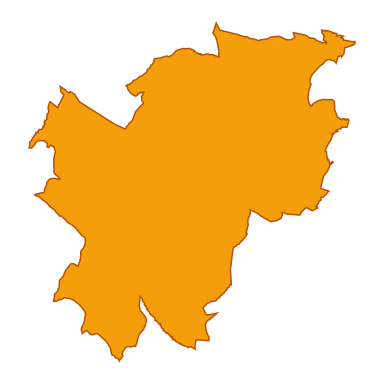 Cañada Morelos, Puebla, Mexico (Albers equal-area conic projection)
{"feature_id": "50627088B53283993912996", "entity_name": "Cañada Morelos", "entity_type": "district", "adm_level": 2, "iso_a3": "MEX", "parent_name": "Mexico", "parent_adm1": "Puebla", "projection": "albers", "projection_center": [-97.429, 18.725], "detail": "fine", "context": "isolated", "style": "filled", "palette": "amber", "viewbox_px": 384, "rotation_deg": 0, "n_neighbors": 0, "source": "geoboundaries", "source_scale": "gbopen_adm2", "svg_char_len": 5835}
<svg xmlns="http://www.w3.org/2000/svg" viewBox="0 0 384 384"><path d="M317.5,208.1L316.4,207.8L317.1,206.6L315.9,206.3L318.6,203.0L318.7,202.0L321.0,200.0L320.8,197.6L322.1,196.9L323.3,197.1L328.9,191.2L320.5,188.4L323.3,177.1L325.1,174.1L327.6,171.0L329.5,166.3L330.9,164.3L333.2,162.2L332.7,161.6L329.9,163.6L328.5,159.7L328.0,160.2L326.9,156.8L326.4,151.5L325.6,151.4L325.1,150.7L325.4,149.9L328.8,142.9L331.2,139.4L332.2,135.9L333.3,134.3L331.8,133.9L337.7,131.3L336.0,130.3L341.1,128.5L341.4,127.2L347.0,127.2L348.8,121.1L348.4,119.2L347.1,119.0L345.6,120.2L345.2,118.9L342.6,118.7L342.1,120.0L337.3,116.9L334.5,109.0L334.8,106.6L334.1,101.3L332.1,99.4L329.9,99.8L322.1,99.5L320.4,100.3L318.0,100.7L313.1,103.9L311.1,106.4L309.1,103.5L307.9,97.7L308.8,90.8L311.1,84.0L309.9,83.1L310.0,79.0L312.5,74.1L319.5,66.4L323.6,63.4L325.0,61.1L327.8,59.8L330.0,59.5L333.9,60.9L335.6,62.3L336.1,63.3L338.2,56.3L341.8,55.9L341.7,56.7L343.6,54.1L344.0,53.1L344.7,47.9L353.0,45.1L354.9,43.8L354.9,41.5L353.3,41.9L343.4,40.0L343.1,38.5L341.0,37.6L343.4,36.4L339.7,35.1L337.3,36.1L336.4,35.4L337.0,33.8L334.0,32.9L332.0,32.8L332.1,32.3L328.6,31.0L325.3,30.5L325.3,31.2L321.9,30.0L321.9,32.9L323.8,34.9L324.0,36.8L323.3,40.1L324.3,40.3L326.1,41.6L326.6,42.4L326.4,43.3L325.0,42.3L322.4,43.0L322.1,42.4L320.1,42.0L316.4,40.4L315.2,38.8L312.7,38.2L309.7,38.3L309.8,37.8L305.9,35.3L293.3,32.6L294.8,37.6L290.6,39.9L286.2,39.6L279.7,36.5L277.2,36.4L270.6,37.2L266.7,39.1L260.7,39.8L258.7,40.6L254.7,39.3L249.3,38.3L248.0,37.1L243.3,36.5L237.5,34.5L219.6,30.1L216.2,23.0L212.9,33.3L215.4,36.3L216.9,40.4L218.9,51.0L218.9,57.0L212.0,54.4L209.8,55.0L208.3,54.0L206.3,54.0L204.3,54.8L202.1,55.0L200.9,54.1L200.4,54.7L200.1,53.7L198.8,54.2L198.2,53.2L196.0,52.9L195.1,51.3L194.1,51.3L194.1,50.4L189.3,48.3L186.1,48.8L183.6,48.5L179.9,49.3L176.4,50.6L172.1,55.0L169.9,56.2L168.1,56.8L167.1,56.0L166.1,56.1L161.3,57.7L156.5,58.6L155.6,58.3L154.2,58.9L153.9,60.3L154.2,61.0L152.6,63.9L151.7,64.9L151.0,65.1L149.5,68.3L148.0,68.9L147.2,70.2L147.0,71.4L144.7,73.9L144.0,74.0L142.1,75.8L139.9,76.3L136.7,79.4L133.3,80.5L132.0,82.5L128.9,84.6L127.5,84.4L127.1,85.5L126.1,85.6L127.7,87.7L127.7,89.2L130.7,93.1L132.9,94.8L135.8,96.2L137.3,95.2L137.8,93.8L139.8,93.2L140.5,92.1L142.0,92.6L143.8,92.0L144.1,92.3L142.7,94.1L142.4,95.3L141.5,96.6L141.8,100.0L143.4,103.6L140.1,106.5L135.7,111.5L132.2,120.7L130.8,122.1L129.4,122.8L128.7,124.3L126.4,126.8L126.4,128.0L124.9,128.9L114.3,124.0L80.0,102.2L78.0,99.9L74.7,94.4L70.1,91.5L69.1,93.1L63.6,88.6L60.1,86.5L61.2,92.4L63.8,94.6L63.3,96.4L57.6,107.5L50.1,101.8L49.5,102.5L48.1,107.4L48.8,111.7L47.5,114.5L47.1,114.3L46.7,119.4L45.4,120.6L44.9,120.5L44.2,122.8L45.2,124.1L44.3,124.4L43.9,126.4L43.3,127.0L43.0,126.7L42.7,128.1L41.6,129.4L39.0,129.5L38.4,130.3L38.3,131.8L37.7,131.6L36.6,132.7L35.8,132.5L35.7,132.8L36.4,133.2L36.0,133.9L34.4,135.1L33.8,137.1L32.7,137.7L31.5,140.3L29.7,142.3L30.0,144.8L29.1,147.9L31.6,148.1L34.2,145.2L36.3,141.9L39.1,140.5L45.2,141.0L45.3,141.9L46.6,142.6L47.5,143.8L47.0,146.9L48.7,147.5L50.6,145.1L53.2,146.8L54.1,146.4L54.8,150.1L55.5,151.5L53.8,158.4L53.7,166.8L54.2,168.1L53.8,172.1L55.0,174.2L57.5,176.1L59.9,179.0L59.8,179.5L53.1,178.3L51.1,178.6L49.2,179.5L46.8,182.5L46.6,184.7L44.6,189.2L44.4,191.9L43.0,192.8L40.3,193.0L38.6,193.8L37.7,193.5L34.7,194.8L36.2,196.0L37.8,195.9L38.8,196.4L42.7,200.0L46.1,202.2L50.2,206.8L54.9,210.3L56.0,212.3L58.0,214.0L59.4,216.1L61.3,216.0L66.4,220.8L66.9,221.9L72.9,225.6L75.5,228.0L81.6,235.2L85.3,238.0L85.2,243.6L83.8,247.2L82.2,249.7L81.3,250.4L80.7,252.0L80.8,255.8L80.1,260.1L78.4,265.4L78.0,266.2L73.3,263.6L70.7,263.9L65.5,270.7L63.3,275.9L60.5,279.4L59.5,280.0L59.1,287.7L58.1,288.9L57.5,291.4L54.5,294.2L54.3,298.6L53.5,300.5L53.6,301.4L56.1,301.2L58.7,299.9L61.7,299.4L64.5,297.7L65.4,297.8L70.7,298.8L74.3,300.5L79.9,305.2L84.5,310.9L85.6,313.5L83.9,323.3L82.3,325.9L81.3,328.7L81.5,330.9L82.2,331.6L82.2,333.5L84.7,331.6L87.0,330.7L88.6,332.1L90.0,334.1L91.0,334.6L92.7,334.8L96.4,333.5L97.7,333.6L106.9,342.1L110.7,348.7L111.0,351.9L111.9,354.9L114.1,355.5L115.3,357.7L118.6,358.9L119.2,361.0L123.0,355.7L122.3,354.6L122.6,353.4L122.4,352.9L125.2,347.9L126.9,346.7L131.3,346.8L133.6,346.2L134.0,345.7L135.5,346.4L137.0,342.4L138.5,335.8L139.5,334.0L143.7,329.1L145.1,326.0L146.2,322.0L146.4,319.0L145.0,316.3L140.5,310.7L139.5,307.7L139.3,303.7L140.2,296.5L142.5,299.1L142.5,300.6L143.1,301.8L144.5,303.0L144.5,305.4L146.0,305.9L145.8,306.6L146.8,308.0L146.5,309.3L147.4,309.4L148.0,310.9L149.5,312.3L150.2,314.2L154.5,317.7L155.0,318.4L155.0,320.6L156.3,320.8L158.2,322.6L158.9,323.9L160.2,323.8L160.3,325.6L161.1,325.8L161.7,327.9L163.6,329.1L163.0,330.2L164.0,330.6L166.5,333.3L167.5,332.6L168.0,332.8L168.4,334.3L170.9,335.8L170.7,336.2L170.2,336.2L170.3,336.7L172.0,336.7L171.6,337.6L174.0,339.1L173.0,339.7L174.9,340.0L175.7,341.6L177.2,341.9L178.1,342.9L180.2,343.2L180.1,344.0L181.6,344.1L182.0,345.1L186.8,346.6L187.9,347.6L190.8,346.6L195.2,349.2L194.8,347.7L196.0,339.8L208.8,340.6L208.4,339.9L209.0,339.3L209.1,337.9L206.5,332.1L205.2,324.8L207.1,320.8L209.7,319.4L216.9,313.2L208.5,314.9L206.3,314.7L203.4,308.8L203.4,307.7L204.1,306.4L205.6,305.5L206.7,303.4L209.6,302.6L210.8,301.6L215.8,301.0L217.2,299.0L219.7,297.4L220.5,295.8L221.9,295.0L222.1,293.5L223.7,293.5L226.2,290.0L227.1,289.7L227.3,287.9L228.0,287.9L229.2,286.9L230.2,284.4L231.4,284.9L230.4,269.7L233.0,248.7L234.6,246.7L235.9,246.3L237.3,244.5L239.0,244.2L239.5,243.2L241.3,241.5L241.7,240.6L242.7,240.1L245.4,236.8L246.7,234.7L247.2,233.5L246.2,233.0L248.3,224.0L247.7,223.5L248.0,218.8L249.5,216.0L250.3,212.9L250.0,209.6L258.0,213.6L260.6,215.9L270.6,221.7L276.5,220.7L281.0,218.4L282.2,215.4L282.3,212.2L286.7,214.0L299.9,215.1L301.6,211.7L306.5,207.4L312.2,210.8L317.5,208.1Z" fill="#f59e0b" stroke="#b45309" stroke-width="1.5"/></svg>